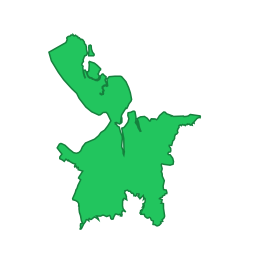 Banyu Asin, Sumatera Selatan, Indonesia, rotated 350°
{"feature_id": "22746128B71070720422540", "entity_name": "Banyu Asin", "entity_type": "district", "adm_level": 2, "iso_a3": "IDN", "parent_name": "Indonesia", "parent_adm1": "Sumatera Selatan", "projection": "equal_earth", "projection_center": [104.728, -2.399], "detail": "fine", "context": "isolated", "style": "filled", "palette": "green", "viewbox_px": 256, "rotation_deg": 350, "n_neighbors": 0, "source": "geoboundaries", "source_scale": "gbopen_adm2", "svg_char_len": 5891}
<svg xmlns="http://www.w3.org/2000/svg" viewBox="0 0 256 256"><g transform="rotate(350 128 128)"><path d="M96.9,32.8L95.7,30.7L94.6,30.6L94.3,29.1L93.2,28.7L92.5,27.5L90.9,28.0L90.1,26.6L90.0,27.0L88.1,26.5L87.0,27.4L85.0,27.5L83.6,28.3L83.3,28.8L83.4,30.5L81.7,33.1L63.3,39.6L64.2,48.5L69.1,61.1L73.1,69.4L79.4,79.4L83.5,85.0L85.0,90.2L90.1,100.0L95.0,105.7L101.5,110.2L103.2,110.1L106.2,108.4L109.2,108.8L110.3,110.4L112.4,118.0L108.6,122.3L104.6,126.0L100.6,127.7L97.7,130.5L93.1,133.2L83.5,135.4L79.9,138.6L77.5,142.2L75.2,143.7L72.7,143.9L70.1,142.8L66.5,138.8L63.0,134.1L59.8,131.8L58.7,131.6L57.6,132.0L54.8,135.3L58.4,142.2L55.8,144.7L55.5,146.4L57.9,148.1L59.4,149.8L61.5,147.9L63.3,150.0L63.9,149.4L64.9,150.9L67.6,153.2L70.0,154.4L68.7,156.5L68.8,157.1L70.6,156.7L70.8,158.5L72.1,158.3L71.7,160.4L75.9,162.6L70.9,168.1L70.6,168.7L72.4,170.8L68.8,175.7L67.1,178.9L66.2,179.6L64.8,182.5L61.2,187.9L61.3,189.1L63.8,190.3L65.6,191.9L66.4,194.1L65.9,196.1L66.2,196.1L66.2,196.9L65.7,199.3L65.5,202.8L66.0,206.0L66.0,211.2L66.7,213.8L64.7,214.1L64.1,216.0L64.1,217.7L63.4,218.8L63.4,219.3L64.2,219.3L64.9,218.7L67.7,214.9L70.0,212.7L71.0,211.0L72.0,211.2L73.3,212.6L73.4,211.3L74.1,210.4L75.1,211.5L76.1,211.6L79.4,209.8L81.4,211.2L83.1,213.3L82.8,211.5L81.8,209.2L85.8,210.0L87.8,209.4L89.0,209.7L91.6,211.5L94.6,210.9L95.2,211.8L95.4,214.3L96.3,215.1L97.6,215.0L98.7,212.9L100.5,210.8L101.2,210.5L103.5,211.8L105.1,211.5L105.4,212.0L105.2,213.2L106.5,213.6L107.1,212.4L107.0,210.5L108.0,208.8L109.4,208.8L111.2,210.3L109.3,207.0L109.1,205.8L109.1,203.6L110.1,198.6L110.5,197.8L111.0,198.0L111.1,197.2L111.9,196.6L114.3,198.5L114.2,196.0L114.5,195.7L114.5,194.6L114.1,194.3L114.3,193.0L113.3,191.6L113.6,190.8L114.1,190.0L114.1,189.3L116.8,189.1L117.5,190.3L119.5,190.9L119.5,191.5L120.2,192.8L121.4,193.0L122.1,194.3L122.1,195.8L123.3,195.8L123.5,196.3L124.7,195.9L125.4,194.3L127.4,195.0L126.7,196.7L125.9,196.7L127.1,199.0L127.7,198.9L127.7,199.6L131.3,197.1L131.4,199.7L130.9,200.9L132.2,200.0L132.6,200.6L132.2,203.2L131.7,204.2L130.2,205.4L129.6,205.3L129.4,207.5L128.7,208.3L129.5,208.3L130.1,207.8L129.8,208.7L129.4,208.8L128.6,210.2L127.5,210.6L127.6,211.4L127.3,212.0L126.1,211.5L125.4,213.8L124.4,213.8L126.3,214.1L125.7,215.2L129.1,215.9L129.1,217.1L129.5,218.3L131.2,220.0L132.1,220.2L133.4,219.6L134.4,220.4L135.0,222.9L136.8,224.0L135.9,227.3L138.0,228.0L139.0,229.2L140.2,229.5L141.9,229.1L144.0,227.6L143.8,226.2L146.0,226.0L145.7,224.2L147.4,223.3L148.6,221.7L148.8,220.7L149.0,213.4L149.8,208.6L147.7,207.9L148.4,207.5L148.1,206.5L148.4,206.4L149.2,204.6L146.7,203.1L147.7,202.3L149.6,202.2L150.4,200.9L152.5,200.4L152.8,199.5L153.4,199.2L154.8,199.3L155.1,198.5L154.9,195.8L152.4,194.8L152.3,194.2L152.5,191.3L154.6,186.2L153.4,181.4L153.7,179.1L153.4,177.1L153.1,176.9L154.3,174.9L154.6,173.6L154.3,171.2L154.5,169.8L155.2,169.1L157.0,170.0L163.0,171.9L166.1,171.5L167.0,169.0L166.8,165.6L164.9,161.7L163.5,161.4L163.0,160.9L162.9,159.9L163.8,158.9L165.7,158.9L166.2,157.8L166.5,155.5L165.4,153.2L165.6,152.2L168.0,152.7L169.9,148.5L171.0,147.8L172.2,146.1L172.3,144.8L173.6,142.6L174.9,142.4L176.3,141.1L176.1,139.3L177.3,137.2L178.3,136.4L178.6,134.5L180.1,134.0L180.9,135.0L182.2,134.0L183.4,134.8L184.0,134.6L184.8,135.6L186.2,134.6L186.9,135.0L187.5,134.4L187.9,134.8L189.1,134.8L189.8,136.0L190.5,135.8L191.7,136.4L191.6,135.4L192.6,134.4L193.0,134.2L193.9,134.8L194.1,133.4L197.7,130.5L200.1,129.9L200.7,130.4L201.2,129.6L201.1,128.6L191.7,125.5L189.5,126.6L187.8,126.7L185.1,126.5L184.8,125.9L174.8,124.5L173.6,123.6L172.7,123.8L172.7,123.1L168.5,120.7L167.4,119.0L166.3,118.5L165.8,118.5L161.3,121.2L158.7,124.1L157.6,124.8L156.3,123.8L153.7,123.2L154.0,123.6L152.3,123.3L151.7,123.8L151.4,124.8L150.7,125.0L150.3,124.7L148.6,121.7L146.2,119.5L142.2,119.2L138.6,120.4L139.3,123.8L139.4,129.9L140.1,133.3L139.4,133.4L137.9,129.3L138.0,128.6L137.4,126.4L136.2,124.0L137.0,122.2L137.7,118.8L137.7,113.4L137.3,112.7L136.0,112.3L133.3,113.0L131.0,113.0L130.6,113.2L130.0,115.7L130.5,118.9L128.9,122.3L125.2,125.9L123.8,126.9L122.0,127.0L121.8,127.5L122.0,137.5L120.3,148.6L120.3,150.7L119.2,153.9L118.8,152.3L119.2,149.4L118.5,145.5L118.9,143.4L120.6,137.4L120.8,134.9L119.9,130.9L119.5,125.5L117.8,124.2L117.3,122.2L116.3,122.0L116.3,120.6L117.5,120.5L120.3,122.6L121.2,122.3L124.0,114.0L129.3,108.1L129.6,108.5L130.3,108.5L133.2,104.3L135.7,102.0L136.5,100.5L136.4,93.7L135.6,88.3L134.0,82.0L130.6,76.3L129.4,75.7L123.8,74.7L118.3,74.2L117.4,75.2L116.2,75.6L115.7,76.4L115.3,82.9L114.4,83.3L113.2,82.4L112.6,82.4L110.5,83.1L110.0,84.4L110.9,87.1L109.9,88.0L109.9,89.6L109.5,90.5L107.5,90.7L106.4,89.5L106.7,89.0L107.7,89.9L109.2,90.0L109.3,87.8L110.3,86.3L109.5,84.5L109.8,82.9L111.9,81.7L113.6,81.7L114.8,82.2L113.8,77.1L113.9,76.3L114.9,75.2L115.3,73.7L113.7,72.0L112.8,70.5L112.0,70.4L109.7,72.1L109.4,73.7L108.4,75.2L106.3,76.1L104.3,75.5L102.5,74.1L101.4,73.8L100.6,72.5L99.0,72.2L97.7,70.7L97.0,68.2L96.6,65.2L95.8,63.5L94.5,63.6L94.0,64.5L94.3,69.7L94.8,70.6L94.4,71.0L94.0,69.7L93.6,66.1L94.0,60.4L94.5,59.4L93.6,58.0L93.6,57.2L94.6,55.6L95.6,55.0L95.7,52.7L96.2,52.3L97.0,50.6L97.8,50.0L97.9,49.3L99.7,49.1L101.0,47.2L100.7,43.6L101.1,41.0L100.8,38.7L99.8,37.4L99.9,35.7L98.8,33.3L97.8,32.5L96.9,32.8ZM111.3,64.9L108.5,60.9L106.2,58.3L101.6,55.8L100.9,56.5L100.8,59.1L99.4,64.6L99.0,65.2L97.9,65.6L97.3,67.8L97.7,69.7L98.8,71.4L101.1,72.4L101.7,73.3L104.2,74.8L106.5,74.7L107.6,74.3L108.1,73.1L108.6,72.9L108.6,71.3L107.8,69.6L108.8,68.6L109.6,66.9L111.1,65.9L111.3,64.9ZM107.4,50.2L107.3,49.0L106.3,47.4L105.7,44.0L106.0,40.5L105.4,39.8L103.9,40.0L103.4,41.6L103.0,45.1L101.8,49.2L101.9,50.1L106.6,50.9L107.4,50.2ZM138.8,128.2L138.8,123.2L138.6,122.2L137.6,122.9L137.3,123.7L138.4,128.0L138.8,128.2ZM123.0,121.2L123.7,117.2L123.6,116.7L123.0,117.5L121.9,120.8L122.1,121.9L123.0,121.2Z" fill="#22c55e" stroke="#15803d" stroke-width="1.5"/></g></svg>